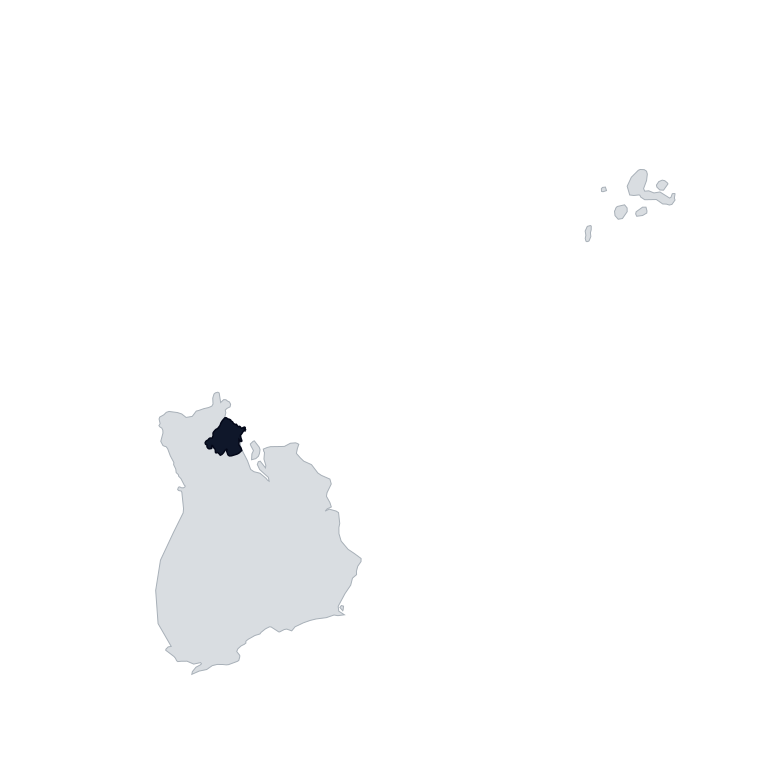 location of El Oro within Ecuador, rotated 135°
{"feature_id": "ECU-1267", "entity_name": "El Oro", "entity_type": "Province", "adm_level": 1, "iso_a3": "ECU", "parent_name": "Ecuador", "parent_adm1": "", "projection": "orthographic", "projection_center": [-79.84, -3.463], "detail": "fine", "context": "in_parent", "style": "filled", "palette": "ink", "viewbox_px": 768, "rotation_deg": 135, "n_neighbors": 0, "source": "natural_earth", "source_scale": "10m", "svg_char_len": 5994}
<svg xmlns="http://www.w3.org/2000/svg" viewBox="0 0 768 768"><g transform="rotate(135 384 384)"><path d="M725.2,314.6L722.9,316.1L717.2,316.7L712.7,315.3L710.9,315.2L710.7,316.7L716.6,320.5L719.3,327.3L723.5,331.4L726.1,333.5L726.3,334.9L725.4,337.6L725.2,339.8L726.6,350.1L725.7,350.7L722.5,350.7L720.0,348.9L713.2,374.3L691.4,399.5L666.6,417.5L638.1,427.8L617.1,434.9L613.8,437.7L603.5,450.4L603.1,451.7L604.5,453.8L604.6,455.2L603.0,456.1L601.7,456.2L601.1,455.5L600.7,454.0L599.3,452.4L597.7,452.0L596.7,452.4L596.7,453.8L594.5,460.7L594.4,464.0L593.5,465.3L593.6,468.3L591.4,471.1L589.8,475.7L588.1,477.1L585.9,484.3L582.7,491.3L582.4,493.8L583.4,495.5L583.8,496.9L582.4,501.3L575.0,505.6L573.1,507.7L572.3,510.0L572.8,512.0L572.6,513.7L570.3,514.3L567.8,518.3L566.0,519.2L561.4,517.9L558.0,517.9L555.4,516.6L550.2,509.8L548.2,505.8L547.6,500.3L542.5,496.7L535.9,497.6L533.9,496.4L528.9,494.0L524.7,491.4L521.5,490.1L519.1,490.7L515.1,495.1L511.3,497.1L509.6,497.0L507.3,495.7L506.9,494.2L512.6,486.4L508.4,486.3L506.9,484.6L506.7,482.6L506.0,480.6L506.8,478.1L509.0,476.7L512.4,477.8L514.7,477.8L516.2,475.5L519.2,473.7L519.9,472.5L518.2,468.7L517.8,466.7L518.3,465.5L518.1,461.4L517.1,459.9L517.1,457.6L516.2,456.3L515.9,453.5L513.7,451.9L520.7,449.2L523.2,447.1L526.2,445.2L528.9,442.2L530.6,439.4L534.8,426.3L538.7,417.9L538.0,414.0L534.8,408.6L534.1,400.7L534.4,398.3L534.0,396.5L531.8,399.7L532.4,411.4L530.5,416.7L527.8,417.9L526.1,417.0L527.1,408.5L525.1,410.0L522.0,415.8L516.9,420.1L516.6,421.5L515.4,423.3L511.5,421.7L508.5,419.9L498.6,410.3L492.1,408.3L488.2,405.0L487.4,403.5L486.9,401.6L490.9,399.6L495.0,396.9L495.4,390.9L495.3,386.2L492.3,378.2L493.7,367.8L492.9,363.7L489.5,355.0L492.0,350.6L501.2,347.4L504.1,345.3L506.1,338.4L508.2,334.3L512.3,335.9L515.5,335.7L511.2,334.2L507.7,328.0L507.1,325.2L513.9,316.7L517.4,314.4L521.7,310.0L525.4,303.2L526.3,292.5L524.8,284.9L523.6,276.8L525.8,274.7L531.4,273.7L535.9,271.1L538.2,268.6L543.6,269.0L549.8,265.3L559.7,263.4L573.6,259.2L576.6,255.4L575.2,248.8L580.4,252.8L582.7,256.0L589.9,259.5L598.2,265.9L603.7,269.2L609.8,272.1L618.5,275.2L623.8,274.7L626.1,279.5L628.1,280.9L633.1,282.5L633.7,283.1L635.6,292.0L636.7,293.3L641.0,294.7L646.4,295.3L648.5,295.0L653.2,297.5L660.5,299.5L663.1,299.8L664.2,299.4L664.7,298.5L666.8,298.7L670.0,299.8L674.5,300.1L677.3,299.0L677.9,294.1L679.0,293.0L682.2,291.2L683.9,291.6L692.4,295.5L694.1,296.9L696.3,299.6L700.3,303.7L704.6,306.3L711.3,307.5L717.7,311.7L725.2,314.6ZM57.1,311.5L59.6,314.2L61.0,321.9L69.3,329.9L70.3,334.5L69.6,336.6L70.0,337.4L74.0,340.6L76.6,343.9L72.2,351.9L62.9,355.3L53.0,355.3L51.1,354.5L48.4,351.5L47.9,348.8L49.4,346.2L54.5,342.2L62.3,338.6L63.3,336.0L60.2,333.4L58.0,328.2L53.1,324.7L50.6,313.6L49.0,313.1L45.6,314.7L44.0,313.4L43.7,312.7L47.3,310.1L48.1,308.3L53.4,307.4L55.7,308.8L57.1,311.5ZM95.8,344.5L93.6,344.6L87.2,340.6L87.6,336.6L90.2,333.9L98.4,332.4L101.9,334.9L101.6,339.7L98.8,343.2L96.6,343.9L95.8,344.5ZM521.8,434.5L521.0,436.1L517.1,436.0L515.9,435.5L516.9,427.7L518.0,425.3L521.2,422.9L524.0,421.7L527.5,421.9L531.2,424.1L526.8,428.0L523.4,429.2L521.8,434.5ZM50.7,332.0L46.6,332.8L43.1,331.4L41.7,329.2L41.4,325.8L41.7,324.7L49.3,323.4L51.8,326.2L51.8,330.3L50.7,332.0ZM133.6,349.9L128.8,351.7L126.0,350.1L125.8,349.1L128.5,346.5L131.1,345.0L133.5,342.0L137.8,340.2L139.1,340.6L139.9,341.2L140.2,342.2L138.8,344.6L136.1,346.4L133.6,349.9ZM85.8,326.3L83.9,327.5L76.1,326.2L73.7,323.8L75.7,320.4L77.3,319.1L82.0,320.3L86.7,323.9L85.8,326.3ZM92.2,368.4L90.5,368.5L88.2,366.7L89.9,363.4L93.2,365.1L94.0,366.4L92.2,368.4ZM573.2,257.2L570.8,257.5L569.7,255.5L572.6,253.2L573.5,252.8L573.2,257.2Z" fill="#d9dde1" stroke="#a8b0b8" stroke-width="1"/><path d="M520.4,472.6L520.2,472.3L519.8,472.1L519.5,471.7L519.3,471.3L519.3,470.5L519.3,470.1L518.9,469.3L518.1,467.9L517.9,467.1L518.0,466.8L518.1,466.5L518.3,466.2L518.2,465.7L518.0,465.0L517.9,464.6L517.9,464.2L518.0,463.8L518.3,463.0L518.3,462.6L518.3,462.2L518.1,461.4L518.0,460.9L517.9,460.5L517.6,460.3L517.2,460.2L516.9,459.9L516.9,459.6L517.2,458.4L517.3,457.6L517.3,457.2L517.2,456.8L516.9,456.5L516.2,456.3L516.0,456.0L515.9,455.1L516.1,454.3L516.2,453.5L515.6,453.1L514.0,452.7L513.4,452.3L513.1,452.2L513.0,451.9L512.9,451.5L513.1,451.1L513.6,450.8L513.9,450.3L514.1,449.7L514.5,449.1L514.1,450.3L513.9,450.6L514.2,451.4L514.7,451.0L514.9,449.7L515.3,449.1L516.5,450.2L517.1,450.0L520.1,449.4L520.6,449.4L521.0,449.5L521.3,449.5L521.7,449.4L522.6,448.3L522.8,448.1L524.4,444.8L524.8,444.2L525.8,444.4L526.0,445.4L525.7,447.4L526.1,447.1L526.4,446.7L526.7,446.2L527.0,445.8L527.4,445.5L528.7,444.6L529.3,443.9L529.7,443.0L530.0,442.1L530.2,440.5L530.8,439.0L531.7,437.5L532.1,437.6L535.3,437.7L535.7,437.8L537.4,438.3L542.5,441.0L544.1,442.4L544.3,443.0L544.4,443.6L544.4,444.2L544.2,444.8L543.3,446.6L543.0,447.5L542.8,447.8L542.3,448.1L541.5,448.5L541.4,448.7L541.3,449.1L541.5,449.3L542.0,449.4L543.5,449.5L545.9,448.9L547.4,448.8L548.0,448.8L548.7,448.9L550.1,449.4L549.9,451.6L550.0,452.4L550.1,453.1L550.3,453.5L550.6,453.6L550.9,453.7L551.2,453.8L551.4,454.0L551.5,454.3L551.6,454.5L551.5,454.8L551.4,455.0L549.9,456.7L549.7,457.1L549.5,457.6L549.5,458.6L549.5,459.1L548.9,461.1L548.8,461.6L548.9,462.0L549.1,462.3L549.4,462.2L549.7,461.9L550.2,461.4L550.7,460.8L551.0,460.5L551.3,460.4L551.8,460.5L552.1,460.7L552.6,461.2L553.1,461.5L553.4,461.7L553.6,462.0L553.8,462.5L553.9,463.1L553.8,463.7L553.7,464.4L553.4,464.8L553.3,465.1L552.6,465.7L552.4,465.9L552.4,466.2L552.7,467.3L552.7,467.8L552.5,468.2L552.2,468.6L551.9,469.0L551.3,469.2L550.6,469.4L549.8,469.4L549.3,469.3L548.5,469.0L547.9,468.9L546.5,469.1L545.8,469.0L545.3,468.8L544.6,468.2L544.4,467.9L544.1,467.3L543.9,467.2L543.5,467.3L543.1,467.5L542.5,467.8L541.2,468.4L540.8,468.9L539.7,470.1L539.1,470.4L538.2,470.6L535.5,470.8L534.8,470.7L533.9,470.4L533.3,470.2L532.5,470.2L530.1,470.5L529.3,470.6L526.8,471.8L524.1,472.4L521.1,472.6L520.4,472.6Z" fill="#0f172a" stroke="#020617" stroke-width="1.5"/></g></svg>